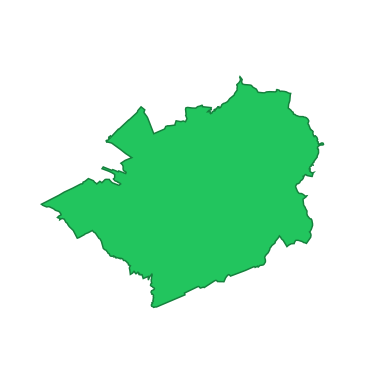 outline of Valenii De Munte, Prahova, Romania, rotated 332°
{"feature_id": "2599482B21871651399137", "entity_name": "Valenii De Munte", "entity_type": "district", "adm_level": 2, "iso_a3": "ROU", "parent_name": "Romania", "parent_adm1": "Prahova", "projection": "natural_earth1", "projection_center": [26.048, 45.192], "detail": "fine", "context": "isolated", "style": "filled", "palette": "green", "viewbox_px": 384, "rotation_deg": 332, "n_neighbors": 0, "source": "geoboundaries", "source_scale": "gbopen_adm2", "svg_char_len": 6092}
<svg xmlns="http://www.w3.org/2000/svg" viewBox="0 0 384 384"><g transform="rotate(332 192 192)"><path d="M280.0,280.8L282.7,278.2L283.5,276.7L284.6,273.2L284.6,271.8L284.0,271.5L283.4,270.3L282.8,267.1L283.2,265.1L284.6,262.8L284.5,260.3L284.7,258.3L284.4,256.1L286.6,250.5L290.5,249.8L291.5,249.3L290.1,248.8L289.8,248.4L289.3,246.8L288.0,244.8L286.3,243.8L285.8,243.2L285.4,241.0L285.9,236.2L286.3,235.5L286.8,235.0L288.7,234.1L289.9,234.5L291.4,234.3L293.1,233.1L295.0,232.9L296.3,232.3L297.7,231.1L297.6,230.4L298.3,230.6L300.2,229.8L300.7,230.1L301.3,231.5L304.9,234.4L305.3,234.7L305.7,234.5L306.5,233.4L307.2,232.9L307.4,232.3L308.5,231.9L307.0,231.6L306.1,230.0L305.8,228.6L306.4,228.4L307.1,227.1L306.4,226.9L306.3,226.7L308.1,225.1L309.4,225.1L309.9,224.2L310.3,224.2L311.5,225.1L311.6,224.7L311.4,223.7L312.2,223.2L313.5,223.0L313.9,222.6L313.9,222.3L319.0,219.9L319.3,219.1L322.0,217.0L322.4,216.3L323.5,214.1L323.6,213.7L323.2,213.4L323.2,212.5L323.6,212.4L323.9,211.3L325.0,210.9L327.1,210.7L329.7,211.9L330.4,211.8L330.7,210.8L330.5,210.2L329.6,209.6L326.2,209.4L326.2,208.3L326.9,207.1L326.5,205.5L327.6,204.5L327.9,202.4L327.2,200.2L326.4,200.0L325.9,200.3L325.8,198.9L326.2,197.1L326.7,196.0L327.2,195.8L327.1,194.4L326.6,193.8L326.4,192.7L326.0,192.6L326.6,187.1L326.4,186.4L326.7,185.7L328.0,184.7L328.5,184.0L328.5,182.1L327.9,180.3L327.0,179.1L325.9,178.3L325.5,177.6L322.2,175.8L319.8,173.2L319.2,171.7L318.2,170.9L318.7,169.0L318.0,167.9L317.7,166.0L316.4,163.1L318.5,159.9L321.2,157.3L324.3,152.5L325.4,151.3L323.9,150.2L322.2,147.8L320.8,146.6L318.4,145.0L317.1,144.6L316.7,143.0L315.1,141.4L314.5,141.6L314.0,142.7L312.5,142.7L307.5,139.8L304.7,138.6L302.7,138.5L301.5,137.9L297.3,135.1L297.1,134.6L297.1,131.4L295.0,128.1L294.5,125.8L293.5,124.8L288.8,121.8L287.8,120.9L287.3,120.2L287.3,119.0L287.6,117.9L289.1,116.2L288.5,112.7L288.0,113.1L287.9,114.4L287.2,116.1L284.9,117.5L281.9,118.3L281.7,118.7L281.9,119.4L281.6,120.0L280.4,121.7L279.7,123.2L276.0,125.0L274.7,126.2L269.1,127.3L266.7,128.5L265.5,128.9L263.2,129.0L261.3,128.6L259.4,128.9L257.5,130.4L256.5,130.8L255.3,130.5L255.2,130.1L255.8,129.3L254.7,128.9L254.4,129.4L252.9,129.6L252.4,130.1L250.9,129.7L250.0,129.9L250.0,130.4L250.7,130.7L250.6,131.0L247.8,130.6L246.8,131.5L245.2,131.6L245.0,131.2L245.8,130.0L245.7,129.5L243.5,128.5L245.2,127.9L247.6,128.4L247.8,128.2L247.7,127.4L248.3,127.0L247.8,126.3L248.1,126.2L241.3,121.6L241.8,120.4L241.2,120.0L239.5,119.9L237.1,119.3L234.6,119.7L231.4,117.8L228.3,115.6L227.4,115.1L226.0,114.9L225.1,116.0L223.2,120.8L222.4,121.3L222.0,124.9L219.2,126.9L217.6,125.2L215.3,124.7L211.4,121.7L209.0,124.0L208.3,124.9L202.8,122.8L201.5,122.1L199.6,121.8L197.4,123.5L185.6,122.6L187.6,106.0L187.6,104.3L186.9,99.5L187.1,98.9L188.9,97.3L187.0,92.9L183.1,94.4L182.3,94.8L181.3,95.8L179.9,96.3L170.0,98.9L169.9,98.7L169.5,98.8L156.7,102.3L156.5,101.9L146.7,105.3L146.3,104.1L145.0,104.6L144.5,104.4L143.8,105.2L144.7,106.0L142.0,106.7L141.6,106.8L140.9,106.3L140.2,106.5L140.1,107.9L141.1,108.4L144.0,111.0L148.8,120.8L151.4,126.8L155.0,133.4L147.8,132.7L142.7,133.2L143.3,135.2L143.3,136.4L143.1,137.3L141.9,139.4L141.7,140.5L141.8,141.3L143.0,143.2L143.0,143.8L142.1,144.6L137.2,139.0L136.3,139.5L132.5,135.0L131.4,135.3L125.4,128.2L123.5,129.2L128.2,134.5L130.3,137.3L132.0,140.2L130.5,142.9L130.0,143.3L128.7,143.6L129.2,145.9L131.1,148.1L131.3,148.4L131.1,148.8L132.4,150.2L132.8,151.4L130.6,151.8L125.9,146.4L124.9,143.0L124.9,142.1L122.3,140.6L121.2,140.2L116.8,141.5L115.7,139.3L111.7,140.2L111.1,138.5L110.4,137.5L110.5,136.9L110.2,135.7L106.8,131.5L102.7,132.3L100.4,132.2L99.6,133.2L99.2,133.3L97.5,132.7L88.3,132.6L79.1,132.1L73.0,132.4L53.3,132.1L54.0,133.7L56.6,136.9L58.9,137.8L61.9,141.8L62.8,144.0L64.9,146.2L65.7,147.4L65.9,150.3L65.6,150.8L63.4,150.7L61.2,151.3L61.4,151.7L62.1,152.1L62.3,152.9L62.9,153.4L62.2,154.4L64.1,154.3L65.0,154.5L66.5,156.1L66.4,159.4L67.2,161.2L67.1,162.7L67.4,165.0L69.1,170.2L69.0,178.9L70.9,179.2L77.3,179.1L77.9,178.8L81.1,179.2L85.9,179.2L86.6,181.7L87.4,182.7L88.1,189.3L88.8,190.3L88.8,193.1L87.2,200.2L87.9,202.0L88.7,202.9L89.2,205.5L89.1,206.5L90.0,207.8L89.7,208.7L89.9,210.2L91.4,211.4L92.9,211.6L93.0,212.1L92.6,212.7L94.1,213.4L93.8,214.2L93.9,214.5L95.7,215.2L96.2,216.0L96.7,216.2L97.2,217.2L97.6,217.4L98.2,217.1L98.4,217.7L99.2,218.2L99.4,218.6L99.4,220.3L100.7,221.0L101.6,223.2L101.6,224.0L102.2,224.8L101.7,226.6L102.6,227.5L103.0,228.3L101.6,229.0L100.9,230.0L100.3,232.2L98.9,235.8L101.4,235.7L103.6,234.8L103.8,235.2L103.7,235.8L104.0,237.8L104.8,238.0L105.9,237.4L106.6,237.4L106.8,238.0L106.6,239.0L107.4,239.3L107.4,239.5L106.6,240.1L107.6,241.0L108.8,241.3L108.8,241.9L109.0,241.9L108.3,245.5L113.6,246.0L112.1,249.3L114.9,246.8L118.0,245.7L118.0,246.1L117.5,247.1L116.5,247.9L115.3,250.0L114.9,250.1L113.9,252.3L113.7,253.5L112.6,253.8L111.6,254.8L111.9,256.2L112.6,256.7L112.8,258.1L113.5,259.0L113.5,259.6L113.1,260.1L112.2,260.3L110.0,260.2L108.9,261.1L108.7,261.8L109.0,262.8L108.6,263.4L109.3,264.0L109.5,264.6L109.3,265.6L108.6,266.3L108.5,267.4L108.0,267.5L107.3,268.7L106.6,269.3L106.7,270.2L106.4,270.5L104.7,270.9L104.7,271.9L103.8,272.0L103.0,272.8L102.8,274.0L103.5,274.7L104.0,275.9L105.6,276.2L106.3,276.7L107.3,276.9L137.5,279.5L137.9,277.7L152.9,278.3L153.5,278.6L153.9,279.4L154.2,280.6L154.4,280.8L157.3,281.3L157.9,282.1L170.5,281.0L171.6,281.2L172.2,281.8L172.5,283.1L178.1,286.2L181.5,283.5L184.0,282.4L185.5,282.1L186.2,282.8L186.5,284.3L202.2,286.3L211.7,287.0L212.3,287.4L212.3,288.2L215.0,288.3L215.0,289.1L215.4,289.4L217.3,288.7L220.5,289.8L221.5,289.7L224.0,288.2L224.9,286.5L225.4,284.1L226.0,283.3L228.1,282.2L230.7,281.4L233.3,279.6L234.5,278.2L236.6,277.3L237.2,276.8L241.1,276.1L241.7,275.7L242.1,274.9L247.5,272.6L248.5,271.8L249.0,273.4L249.0,275.4L249.8,277.5L250.2,284.8L252.3,284.3L255.3,284.3L258.0,285.5L258.2,285.2L259.7,284.0L261.1,283.4L263.2,284.6L266.0,287.4L267.0,289.2L267.8,289.7L268.9,291.1L275.5,287.7L276.8,286.0L277.1,285.1L277.3,283.9L277.0,282.4L277.8,282.3L280.0,280.8Z" fill="#22c55e" stroke="#15803d" stroke-width="1.5"/></g></svg>